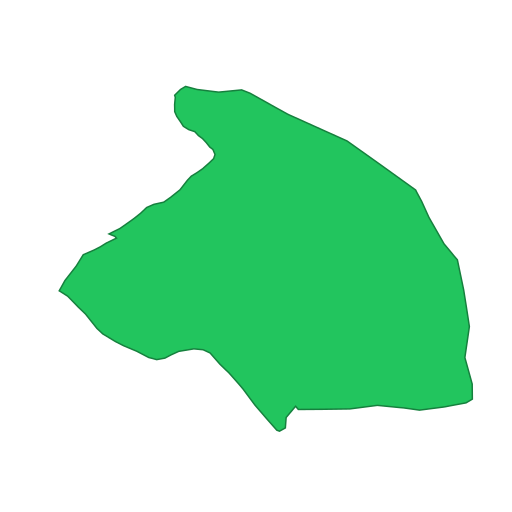 the district of Nyenawliken, River Gee, Liberia, rotated 81°
{"feature_id": "62588387B90652682225930", "entity_name": "Nyenawliken", "entity_type": "district", "adm_level": 2, "iso_a3": "LBR", "parent_name": "Liberia", "parent_adm1": "River Gee", "projection": "natural_earth1", "projection_center": [-7.985, 5.129], "detail": "fine", "context": "isolated", "style": "filled", "palette": "green", "viewbox_px": 512, "rotation_deg": 81, "n_neighbors": 0, "source": "geoboundaries", "source_scale": "gbopen_adm2", "svg_char_len": 1545}
<svg xmlns="http://www.w3.org/2000/svg" viewBox="0 0 512 512"><g transform="rotate(81 256 256)"><path d="M211.2,397.7L212.6,395.5L214.5,392.3L216.5,391.0L219.8,401.8L222.6,408.4L224.8,415.1L227.7,426.4L237.8,435.1L250.3,448.5L259.6,455.8L266.2,448.3L275.1,442.0L278.7,439.5L286.6,433.5L302.7,424.4L303.2,424.0L309.0,419.5L318.6,408.1L323.9,400.8L331.4,388.7L339.5,377.8L340.9,374.5L342.8,370.3L342.6,361.9L340.4,355.5L338.1,347.2L338.0,331.9L340.3,322.9L344.6,316.5L357.3,308.5L364.1,303.4L366.9,301.2L379.6,293.1L385.2,289.7L403.2,280.3L418.7,270.7L431.3,262.7L432.7,260.2L430.4,253.9L420.2,251.5L410.6,240.4L414.2,238.2L417.7,215.0L421.7,187.3L422.5,159.5L428.4,136.9L428.8,135.2L429.1,134.0L433.8,118.6L434.5,94.6L434.5,93.6L434.5,92.4L434.3,87.2L433.9,71.5L431.2,64.7L416.3,62.5L389.0,65.6L359.1,56.3L339.9,56.2L321.9,56.2L291.3,57.7L286.9,60.4L281.4,63.6L273.4,68.4L244.8,79.2L228.1,83.8L218.1,87.3L215.8,88.0L185.2,118.9L156.6,148.1L141.8,170.7L141.4,171.3L121.8,201.2L120.6,202.9L112.4,213.4L94.3,236.4L89.7,244.2L88.3,267.3L82.3,288.2L77.5,299.0L79.7,304.5L84.5,311.2L86.7,310.9L93.7,312.7L97.4,313.2L100.7,313.7L105.7,312.4L111.6,309.6L116.6,307.4L120.7,302.6L123.6,297.0L128.1,294.0L131.6,290.5L136.2,287.4L141.2,284.6L144.0,281.9L149.3,280.6L153.2,282.6L156.9,287.9L160.7,293.9L161.3,294.7L164.7,301.8L167.0,307.4L170.3,311.7L178.8,320.8L184.9,331.6L188.4,338.7L189.0,348.8L191.0,356.4L195.8,363.4L199.6,370.1L201.0,372.8L202.6,376.0L207.6,386.2L209.2,391.4L211.2,397.7Z" fill="#22c55e" stroke="#15803d" stroke-width="1.5"/></g></svg>